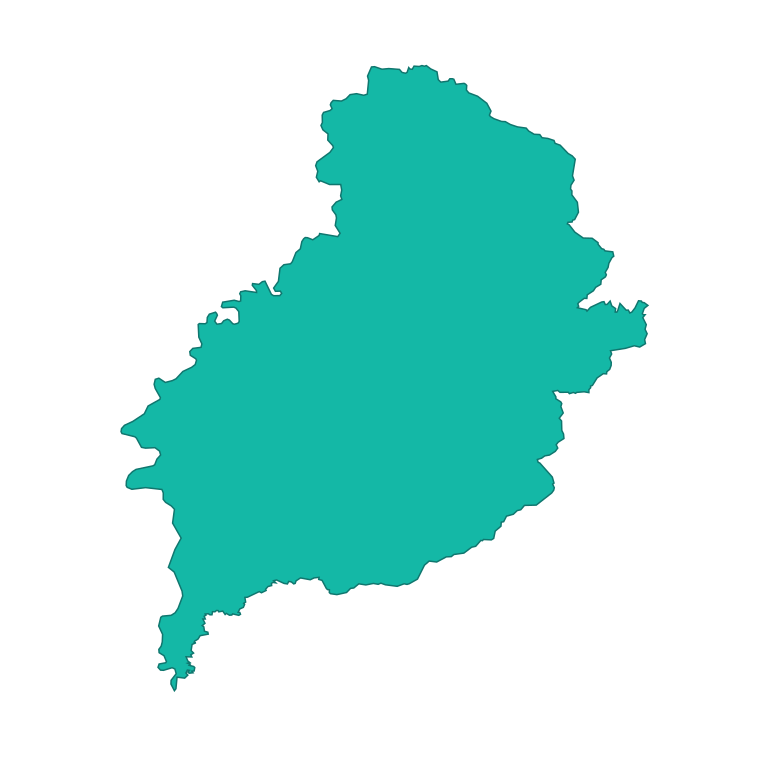 Alegrete, Rio Grande do Sul, Brazil (Equal Earth projection), rotated 274°
{"feature_id": "56859067B34107990199573", "entity_name": "Alegrete", "entity_type": "district", "adm_level": 2, "iso_a3": "BRA", "parent_name": "Brazil", "parent_adm1": "Rio Grande do Sul", "projection": "equal_earth", "projection_center": [-55.86, -29.764], "detail": "fine", "context": "isolated", "style": "filled", "palette": "teal", "viewbox_px": 768, "rotation_deg": 274, "n_neighbors": 0, "source": "geoboundaries", "source_scale": "gbopen_adm2", "svg_char_len": 6137}
<svg xmlns="http://www.w3.org/2000/svg" viewBox="0 0 768 768"><g transform="rotate(274 384 384)"><path d="M181.0,290.5L178.1,298.2L177.8,301.6L180.4,302.7L180.1,305.4L178.3,307.9L178.9,309.3L181.5,310.0L184.7,314.2L183.6,324.1L185.7,327.8L186.6,332.7L184.5,332.5L183.8,335.9L176.1,340.7L175.0,341.9L174.9,343.9L172.1,344.0L171.1,345.3L170.6,351.7L173.4,361.2L177.8,364.9L178.4,368.1L182.9,372.8L182.3,379.9L184.3,387.3L183.8,392.2L185.1,394.8L183.8,399.4L183.1,411.3L186.1,418.0L185.7,420.9L186.5,423.1L191.7,431.0L206.1,437.0L210.5,441.4L210.1,449.0L215.9,458.2L216.5,463.2L218.8,465.6L220.9,475.5L227.3,482.8L228.5,486.8L234.7,491.5L234.6,493.2L235.8,494.0L236.0,502.0L237.6,504.2L245.0,505.2L250.3,510.6L254.3,510.6L255.0,513.0L260.7,515.4L263.1,522.1L267.0,525.7L268.1,529.2L272.7,532.6L273.8,544.3L287.0,558.9L289.9,560.7L292.4,561.1L295.9,559.2L297.0,560.5L302.9,558.4L316.0,545.0L316.7,543.2L319.4,542.2L321.0,546.4L323.5,549.4L324.7,554.1L328.8,559.6L332.2,561.8L335.4,560.0L338.1,561.8L342.2,567.3L346.6,566.6L350.1,564.6L359.5,563.7L362.1,561.2L367.6,564.8L373.8,562.0L376.8,562.7L378.5,561.6L381.3,556.4L383.1,556.4L388.4,552.8L389.7,557.8L388.0,560.1L388.6,568.4L387.3,569.6L388.8,573.5L388.1,575.7L389.1,576.9L390.2,584.2L389.7,589.0L392.7,588.8L394.7,590.4L396.4,590.2L397.1,592.0L405.0,596.2L409.6,602.0L409.6,605.3L411.8,605.4L414.3,608.1L418.3,609.3L421.5,609.2L425.6,607.1L429.8,609.0L433.0,607.6L436.4,622.3L439.6,631.0L438.7,636.5L442.5,642.0L446.5,640.9L452.5,643.0L456.8,640.6L461.5,641.5L468.3,637.5L471.3,639.6L471.2,637.9L472.1,636.8L477.6,638.3L480.8,641.8L483.3,637.9L483.4,635.9L484.7,635.0L484.8,632.1L477.4,629.1L473.0,626.2L472.0,624.3L474.8,622.5L474.5,620.5L480.8,613.8L473.4,612.0L471.9,611.2L471.9,609.6L475.4,609.8L477.8,605.8L482.5,603.8L479.0,601.1L478.7,599.2L481.5,597.7L481.0,595.5L474.9,584.6L470.9,581.4L472.2,580.4L473.6,571.6L475.1,572.8L477.5,571.7L479.0,572.7L483.4,577.7L483.5,580.4L487.1,580.5L491.6,586.4L495.2,588.4L498.6,593.3L503.1,593.4L506.3,597.4L508.4,598.2L510.8,596.9L515.9,599.4L520.1,599.9L526.0,602.6L527.5,604.3L531.8,603.0L532.2,595.2L533.7,593.9L534.2,591.7L538.3,587.8L539.9,587.7L543.9,581.5L543.5,572.6L548.8,563.8L555.7,557.6L556.5,555.7L558.2,556.3L558.7,560.3L560.6,560.8L561.3,562.7L568.9,566.0L578.8,564.2L585.8,558.2L589.7,558.0L591.5,556.5L595.3,556.6L600.6,559.4L604.8,557.5L621.6,559.1L624.7,555.8L626.8,551.6L634.5,543.1L636.0,537.9L638.8,536.6L640.4,530.3L640.7,524.5L643.7,522.0L643.6,516.3L646.5,510.6L649.2,508.0L649.8,499.2L651.7,491.9L654.2,486.7L654.1,483.0L656.3,475.2L658.2,471.5L659.6,470.4L663.7,471.7L671.2,467.0L677.6,457.3L680.3,448.3L683.0,445.7L687.6,445.7L688.8,444.4L689.5,442.9L688.0,434.9L692.9,432.4L693.3,430.8L693.1,428.4L690.6,426.8L689.1,419.6L691.4,416.9L699.1,415.1L701.6,408.6L704.6,404.0L703.8,402.2L704.3,399.6L703.2,397.0L703.2,391.8L699.9,390.2L700.0,387.9L701.4,386.6L696.5,385.3L695.5,383.8L696.1,380.2L698.9,377.5L699.0,366.8L697.9,360.0L699.9,352.4L699.4,349.4L690.0,346.1L685.8,347.5L672.0,347.1L670.6,343.7L671.7,336.4L670.3,330.0L665.9,326.3L663.3,321.8L663.4,313.6L660.9,311.6L658.7,311.0L655.0,313.0L653.1,311.2L650.7,304.8L647.9,303.6L640.5,304.3L637.5,303.1L633.3,305.3L629.6,310.7L623.4,310.9L618.2,316.3L616.3,317.0L611.3,313.9L601.0,301.7L597.0,300.6L591.6,303.1L585.5,302.1L581.2,305.2L582.3,306.5L579.2,315.8L580.0,326.9L574.5,328.3L568.7,327.6L565.2,329.1L562.1,323.6L557.0,319.8L554.1,320.3L549.4,324.2L546.3,325.0L538.7,324.3L531.3,329.7L527.8,327.6L529.6,309.3L527.6,308.9L522.9,302.9L524.6,297.5L524.6,295.2L523.2,293.7L520.3,292.1L513.0,291.1L509.0,287.0L499.6,284.0L497.4,282.4L496.0,275.8L492.2,272.2L479.0,271.5L472.0,267.2L468.9,269.2L469.4,274.1L467.3,275.6L464.9,273.9L464.4,267.7L465.6,265.4L478.3,258.1L477.6,255.5L474.7,252.3L475.0,245.9L473.3,245.7L468.3,250.2L466.4,250.5L467.3,239.0L466.0,234.6L464.0,233.8L462.0,235.0L456.8,235.2L456.2,233.6L457.1,228.7L454.4,217.4L449.9,216.4L448.8,217.9L450.2,228.8L449.4,231.0L446.1,234.1L436.2,235.2L434.4,234.0L433.2,230.6L433.6,228.9L437.0,225.3L437.7,223.2L435.9,219.7L433.0,217.7L432.0,213.2L434.9,210.7L441.0,213.0L442.7,212.1L443.9,210.9L441.5,204.9L438.1,203.1L432.9,203.1L431.6,201.4L431.4,195.6L430.4,194.5L417.8,196.0L411.3,199.5L407.8,198.9L406.2,190.8L402.8,188.0L399.1,188.8L396.1,194.4L394.7,195.3L390.2,194.3L387.2,190.9L382.5,182.5L374.7,176.2L372.6,172.6L370.3,165.7L374.1,159.0L372.7,155.5L367.7,154.7L363.6,156.1L354.8,161.9L353.0,161.5L345.6,150.2L337.6,147.0L329.2,136.1L324.7,128.0L321.2,125.3L318.1,125.0L316.3,126.1L314.0,139.1L312.8,140.8L303.9,146.5L303.4,150.5L304.5,160.0L301.4,164.8L297.6,166.1L293.2,162.7L287.4,160.9L286.2,159.1L281.5,142.6L279.0,139.2L275.0,135.7L269.2,133.8L264.7,133.9L263.0,135.0L261.4,139.8L264.0,153.4L263.3,169.8L260.0,171.4L253.5,171.8L250.7,174.4L247.5,180.4L244.4,183.7L230.5,182.8L216.1,192.4L204.3,187.0L186.0,181.7L181.8,187.8L163.3,197.0L158.5,198.0L145.8,194.2L141.2,191.6L138.4,187.8L137.0,179.2L135.7,177.6L126.9,176.1L118.8,180.6L111.2,180.8L106.9,180.0L103.6,177.9L100.3,178.4L97.6,183.5L92.0,186.3L90.7,185.7L89.0,179.2L85.6,178.3L83.0,181.0L83.0,184.0L86.2,192.4L85.1,195.3L80.5,196.9L73.6,192.3L69.8,192.4L63.4,196.3L65.5,197.7L77.1,198.0L76.7,205.7L79.9,208.6L81.9,206.6L84.9,207.8L84.8,209.8L82.8,208.6L81.9,209.8L82.6,213.6L84.1,212.3L84.5,214.6L87.9,215.0L88.9,213.9L89.8,209.2L91.0,210.2L91.8,207.7L92.5,209.8L94.0,207.6L98.1,205.6L98.3,211.3L100.4,210.2L102.3,212.8L104.6,210.2L110.8,210.7L112.7,214.4L112.7,212.6L114.2,213.0L116.6,216.3L120.1,218.1L122.2,226.1L124.1,225.6L124.9,222.1L129.2,221.2L130.3,219.5L132.8,222.1L136.9,219.7L137.1,222.1L139.8,220.8L141.0,222.5L142.0,221.7L142.6,224.7L141.6,226.5L141.8,228.5L144.9,228.8L145.0,231.3L146.4,232.7L146.4,234.4L145.2,235.1L146.2,239.0L143.0,241.6L144.2,242.7L142.6,245.9L142.9,248.3L144.1,249.0L143.1,255.3L144.3,256.9L146.0,256.1L146.1,254.4L149.5,255.8L151.4,259.3L154.4,260.3L155.4,259.3L156.8,261.2L161.4,260.1L161.8,262.7L168.2,274.0L167.2,276.3L169.8,280.8L171.0,280.2L173.9,282.4L175.1,286.0L177.2,285.6L178.3,287.0L178.1,289.9L180.1,287.6L181.0,290.5Z" fill="#14b8a6" stroke="#0f766e" stroke-width="1.5"/></g></svg>